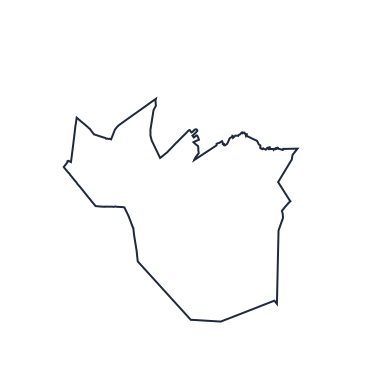 outline of Tlalnepantla, Morelos, Mexico, rotated 219°
{"feature_id": "50627088B24225931260184", "entity_name": "Tlalnepantla", "entity_type": "district", "adm_level": 2, "iso_a3": "MEX", "parent_name": "Mexico", "parent_adm1": "Morelos", "projection": "albers", "projection_center": [-98.964, 19.03], "detail": "fine", "context": "isolated", "style": "outline", "palette": "slate", "viewbox_px": 384, "rotation_deg": 219, "n_neighbors": 0, "source": "geoboundaries", "source_scale": "gbopen_adm2", "svg_char_len": 3807}
<svg xmlns="http://www.w3.org/2000/svg" viewBox="0 0 384 384"><g transform="rotate(219 192 192)"><path d="M198.4,111.8L192.6,106.0L190.5,103.9L112.5,91.9L110.5,93.4L88.1,109.4L78.6,126.0L65.0,149.9L59.6,159.4L55.6,158.5L100.5,216.5L105.0,229.2L108.1,232.4L110.2,233.8L110.3,238.7L110.0,245.0L109.7,246.8L111.2,247.1L131.3,253.9L134.9,280.0L137.2,284.1L137.3,292.1L147.1,283.8L148.3,282.9L148.2,282.0L148.0,281.9L148.1,281.7L149.1,281.3L150.1,281.0L152.2,279.9L152.5,280.0L153.0,280.4L153.5,280.2L153.9,279.6L154.1,279.3L154.3,278.9L153.6,278.6L153.8,278.1L154.7,278.3L155.1,276.3L155.1,276.2L155.9,276.6L158.0,274.8L158.2,274.6L158.4,274.4L159.6,275.5L159.8,275.7L160.1,275.4L160.3,275.1L160.3,274.6L159.8,274.4L159.4,273.9L159.5,273.6L161.2,273.7L161.3,271.4L161.8,271.4L163.0,270.7L164.0,270.7L164.3,269.7L164.7,269.9L164.9,269.6L165.2,269.6L165.4,269.3L165.8,269.2L166.2,269.3L166.5,269.1L167.0,269.5L167.2,269.9L167.4,270.1L167.6,270.6L167.8,270.9L168.2,271.2L169.0,271.2L170.0,271.0L173.7,272.7L178.4,271.5L180.7,271.0L182.2,270.6L183.7,270.3L184.7,270.0L185.1,270.5L185.2,270.0L185.2,269.5L185.6,269.8L186.0,271.1L186.2,270.9L186.4,271.0L186.6,270.8L186.7,270.5L187.0,270.7L188.5,270.7L188.7,271.1L189.1,270.9L189.3,270.5L189.6,270.1L189.6,269.6L190.1,269.7L190.6,269.8L190.8,268.9L190.8,268.4L190.9,268.2L190.9,267.3L191.1,266.6L191.5,266.0L191.4,264.7L191.9,264.6L193.8,263.0L193.9,261.6L194.2,260.0L195.0,260.7L195.6,261.2L196.0,261.1L195.9,260.9L195.7,260.3L195.9,259.3L196.3,258.2L196.5,257.1L196.1,256.1L195.7,254.5L195.3,252.9L195.0,251.6L195.7,249.0L196.5,248.5L197.3,249.4L198.2,248.6L199.3,249.8L199.9,250.1L200.4,250.3L200.7,250.4L201.1,249.0L201.4,248.1L201.8,247.2L202.7,246.0L203.2,244.9L202.3,243.6L210.4,218.2L210.8,219.6L211.1,222.0L211.2,226.4L213.4,228.5L214.1,229.3L214.4,229.7L215.0,230.4L216.1,231.4L217.0,231.5L218.1,231.4L219.0,231.4L222.2,231.6L221.0,234.3L220.8,234.8L220.0,235.8L219.5,237.0L221.3,238.1L223.5,239.1L224.1,238.7L224.5,237.1L224.8,235.9L224.9,235.5L226.1,235.8L226.3,235.9L227.1,236.1L226.6,238.9L226.5,239.7L226.4,241.3L226.3,242.7L226.7,243.3L227.7,243.5L228.5,243.2L229.2,241.9L229.4,239.1L229.9,237.9L232.8,238.7L233.3,238.0L233.9,231.8L234.4,227.6L234.5,226.2L234.8,223.6L234.9,222.9L234.9,222.7L235.1,220.9L235.3,219.4L235.3,218.8L236.3,207.1L238.2,198.4L255.6,206.6L259.7,209.6L263.4,214.1L271.5,228.1L273.4,231.4L274.4,236.4L277.8,239.9L278.7,241.7L281.0,233.7L281.2,232.7L282.0,229.9L282.4,228.4L285.5,217.3L285.9,216.0L286.3,214.5L290.1,200.8L291.0,197.3L291.2,194.2L291.1,191.8L288.0,182.0L288.4,181.9L289.1,181.8L289.3,181.7L289.5,181.5L289.9,180.9L290.1,180.8L290.5,180.6L290.9,180.5L291.3,180.3L291.5,180.1L291.9,179.7L292.3,179.3L292.8,179.4L293.1,179.5L293.4,179.5L294.8,178.8L303.2,175.6L303.6,175.5L304.5,175.1L306.6,175.6L306.9,175.7L308.3,176.0L310.1,176.5L311.3,176.8L312.2,176.7L314.3,176.9L316.1,176.9L317.9,177.0L319.3,177.0L319.8,177.0L320.0,177.0L320.3,177.0L320.9,177.0L321.2,177.0L321.3,177.0L321.5,177.0L322.2,177.0L328.4,177.2L326.5,174.0L324.8,171.3L324.7,170.8L320.0,163.4L314.1,154.0L304.9,139.1L307.5,138.5L307.5,137.8L307.7,137.7L308.1,137.6L307.5,136.0L307.4,130.7L306.3,130.4L303.8,129.9L300.1,129.2L298.7,129.1L297.7,128.7L290.1,127.1L289.2,126.9L288.3,126.9L288.2,126.9L287.3,126.5L286.5,126.3L286.0,126.1L281.6,125.4L275.3,124.0L272.0,123.3L269.0,122.6L268.4,122.5L267.4,122.3L266.3,122.1L265.8,122.0L265.4,121.9L264.0,121.5L262.5,121.3L261.1,121.0L260.4,120.9L260.1,120.8L259.7,120.7L259.0,120.6L258.6,120.4L258.3,120.4L258.0,120.4L255.2,122.3L254.8,122.6L254.4,122.8L254.1,123.0L250.4,125.7L250.4,125.9L246.6,128.9L244.6,130.5L243.4,131.2L242.7,132.3L240.8,133.4L239.2,134.6L236.9,136.3L234.9,137.5L226.0,133.3L215.6,127.2L215.2,127.3L209.4,121.6L198.4,111.8Z" fill="none" stroke="#1e293b" stroke-width="2"/></g></svg>